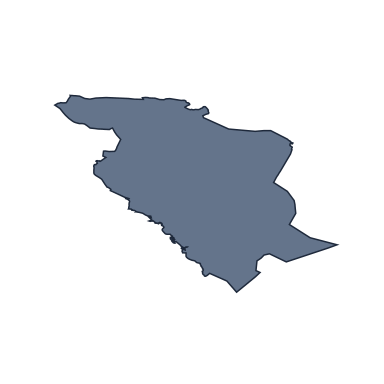 Hol nor, Buskerud, Norway (Natural Earth projection), rotated 193°
{"feature_id": "86288312B33339816949909", "entity_name": "Hol nor", "entity_type": "district", "adm_level": 2, "iso_a3": "NOR", "parent_name": "Norway", "parent_adm1": "Buskerud", "projection": "natural_earth1", "projection_center": [8.123, 60.604], "detail": "fine", "context": "isolated", "style": "filled", "palette": "slate", "viewbox_px": 384, "rotation_deg": 193, "n_neighbors": 0, "source": "geoboundaries", "source_scale": "gbopen_adm2", "svg_char_len": 5824}
<svg xmlns="http://www.w3.org/2000/svg" viewBox="0 0 384 384"><g transform="rotate(193 192 192)"><path d="M126.0,104.4L111.1,123.7L107.6,128.9L112.0,129.8L113.2,139.5L111.1,141.7L109.7,143.3L107.6,146.8L102.6,149.2L84.4,145.1L46.8,168.0L38.8,173.2L66.6,174.0L89.8,182.2L89.4,183.6L86.1,194.5L88.4,201.3L88.8,202.7L90.6,206.7L99.3,214.1L114.6,219.6L113.1,225.2L112.6,226.7L112.2,227.5L111.1,231.0L110.8,231.5L104.6,251.1L104.1,255.7L104.5,256.0L104.4,256.1L104.5,256.4L104.6,256.6L104.7,257.0L104.6,257.3L104.6,257.6L104.4,257.8L104.4,258.1L104.5,258.3L105.2,258.7L106.3,258.9L106.6,259.1L106.7,259.4L107.1,259.5L107.3,260.4L107.2,260.4L107.2,260.7L107.1,261.0L106.5,261.4L105.0,261.5L104.8,262.1L105.0,262.1L105.0,262.3L105.0,262.5L105.7,262.4L105.9,262.6L105.7,262.6L106.3,262.6L106.5,262.6L106.3,262.5L106.6,262.5L107.1,262.7L107.3,263.0L107.3,263.3L107.9,263.4L108.1,263.8L108.7,263.8L109.9,264.3L110.8,264.9L129.1,269.5L136.0,267.9L144.1,265.3L170.4,261.6L197.5,267.0L198.6,268.7L196.0,270.8L193.6,272.1L193.4,272.9L194.6,274.7L194.5,275.4L195.5,276.3L197.0,277.4L198.3,278.1L199.4,277.9L199.9,277.7L200.0,277.5L200.4,277.2L200.4,276.8L200.7,276.5L200.7,276.4L200.8,276.2L202.0,275.5L202.6,274.9L203.2,274.3L203.8,274.0L204.3,273.7L207.3,273.2L208.7,272.5L209.1,272.4L209.8,272.3L211.0,272.4L211.7,271.9L213.3,271.8L215.6,272.2L216.9,272.6L218.0,272.9L218.0,273.1L216.9,274.2L216.7,274.3L216.3,274.8L214.0,276.5L213.9,276.9L214.5,277.6L215.0,277.8L215.9,278.1L216.4,277.9L217.3,278.0L218.3,278.6L218.4,279.2L219.1,279.4L219.5,279.6L219.9,279.6L220.0,279.6L220.4,279.6L220.8,279.3L221.1,279.4L221.8,279.2L223.1,278.8L234.6,278.0L238.3,276.9L240.1,275.6L244.3,274.8L249.1,275.1L254.7,274.0L256.0,274.1L258.5,273.7L261.5,272.7L260.3,271.3L268.9,269.5L274.9,268.8L296.9,264.7L306.8,261.9L312.4,259.5L317.6,259.0L323.1,260.1L327.7,259.5L328.8,259.2L329.5,259.2L332.4,258.7L331.9,258.1L333.4,254.5L334.0,252.2L334.8,250.6L337.7,249.8L340.0,249.5L340.6,249.2L341.3,248.6L342.1,248.4L342.5,248.3L345.2,245.8L339.4,243.6L335.5,240.5L332.6,238.4L328.5,236.0L326.7,235.2L324.4,234.2L322.5,233.6L320.6,233.4L317.2,233.3L314.3,234.0L312.0,234.1L309.1,233.0L305.7,231.4L300.8,232.0L297.5,232.3L293.5,233.1L292.5,233.2L286.5,234.3L285.3,235.5L283.8,236.4L280.9,233.1L278.3,230.7L273.3,227.2L275.3,218.6L275.2,218.0L275.8,215.5L276.5,214.2L281.8,212.8L285.9,212.4L287.4,211.9L286.9,207.0L283.7,206.3L288.3,201.2L288.5,201.2L288.5,201.5L288.9,201.6L289.2,201.5L289.2,201.3L291.5,201.2L292.2,200.9L292.5,200.4L292.4,200.3L292.1,200.3L291.4,200.6L291.3,200.3L291.3,199.6L291.2,199.3L290.7,198.6L291.2,198.2L291.3,197.9L291.9,197.3L291.9,197.0L293.3,196.7L293.4,195.8L293.6,195.4L293.5,194.9L293.1,194.2L292.7,192.6L292.6,191.5L291.9,188.4L291.2,187.4L289.5,186.5L285.5,185.2L282.8,184.1L278.6,180.0L275.8,177.6L274.7,177.6L273.9,177.4L273.5,177.1L272.0,176.6L271.7,176.3L271.9,176.1L271.8,175.9L271.8,175.6L271.9,175.0L256.3,171.7L251.9,171.4L252.0,171.2L253.1,171.3L253.9,170.9L255.2,171.0L255.2,170.7L253.1,170.4L251.1,169.5L250.6,168.5L250.8,167.2L250.5,165.5L250.1,164.3L250.2,163.4L250.0,161.6L250.1,161.2L248.7,161.5L248.3,161.5L247.5,161.6L247.3,161.6L247.3,161.4L247.2,161.3L246.3,161.2L246.4,160.8L244.7,160.9L244.4,161.1L244.1,161.0L243.5,161.0L243.2,160.8L242.6,160.6L242.4,160.4L242.5,160.4L242.1,160.4L242.2,160.2L242.0,160.3L241.6,160.1L238.8,160.3L235.2,160.2L232.3,159.2L229.7,158.7L226.8,159.2L225.9,157.8L227.9,157.5L224.5,155.4L226.8,154.4L227.3,154.1L226.1,154.0L225.4,154.4L224.6,154.6L224.5,154.8L223.4,154.8L223.0,155.1L221.3,154.0L221.1,153.6L221.0,153.4L220.5,153.4L220.4,153.5L220.6,153.8L220.5,154.0L220.2,153.9L220.1,153.7L219.5,153.7L219.4,153.6L218.5,153.9L217.7,153.4L217.5,153.6L217.6,154.0L217.1,154.1L217.3,154.5L217.0,154.7L216.8,155.0L216.5,155.1L215.5,155.1L214.8,154.6L214.5,154.7L214.1,154.4L214.0,154.0L214.6,154.1L214.8,154.0L214.5,153.8L213.8,153.6L213.9,153.2L214.2,153.0L214.1,152.7L213.9,152.8L213.4,152.5L212.7,152.4L212.0,151.8L211.8,151.8L211.6,151.6L211.4,151.0L212.5,149.3L212.6,148.7L212.5,148.4L212.2,147.8L211.3,147.1L209.0,145.5L208.3,145.2L206.8,145.2L203.8,145.9L202.0,144.7L201.1,144.6L200.8,144.3L201.1,144.4L200.9,143.4L200.7,143.1L199.6,143.4L199.4,143.3L199.3,142.8L198.2,141.8L198.7,141.3L199.3,141.2L199.3,140.9L199.5,140.8L199.8,140.8L199.9,141.1L199.7,141.5L199.4,141.8L199.5,142.0L200.2,141.9L200.7,142.4L201.5,142.7L202.3,143.2L202.5,143.2L202.8,143.0L202.6,142.8L202.7,142.6L202.8,142.2L202.5,141.8L202.5,141.5L202.3,141.4L200.4,139.9L200.5,139.5L198.7,138.3L198.4,138.4L197.7,138.2L197.4,138.3L197.8,138.5L198.0,139.2L198.3,138.8L198.5,138.8L198.6,139.9L198.5,140.1L198.2,140.1L197.3,139.6L197.1,139.6L196.8,139.7L196.5,140.0L196.4,140.1L192.2,138.0L191.1,137.4L190.8,137.1L190.6,136.8L189.5,136.5L188.4,136.0L188.1,135.9L187.7,136.0L187.5,135.9L187.5,135.7L187.2,135.5L185.6,137.0L185.1,137.0L184.6,137.4L184.2,137.4L184.5,137.1L185.3,136.9L186.5,136.0L186.2,135.7L186.3,135.0L185.9,134.6L185.6,133.9L185.9,133.9L186.6,134.7L186.8,134.7L186.6,134.3L187.6,134.3L187.7,134.8L188.2,135.2L188.1,135.3L188.7,135.5L188.8,136.0L189.2,136.1L189.4,135.9L189.3,135.5L189.1,135.0L189.7,134.9L189.7,134.7L189.0,134.6L188.4,134.3L188.5,133.6L188.1,132.8L188.4,132.4L188.4,132.1L188.1,131.6L187.7,131.2L187.6,130.9L187.4,130.6L184.1,131.3L183.4,128.2L183.2,127.8L182.6,127.2L181.5,126.6L180.6,126.2L179.4,125.9L176.7,125.5L173.9,125.6L172.1,124.6L171.3,124.3L168.4,124.3L167.9,124.2L167.6,123.8L167.6,123.2L167.4,123.1L167.3,122.9L166.4,122.1L166.4,121.6L166.1,121.4L165.3,121.0L165.0,120.3L164.4,120.0L164.1,119.6L164.2,119.3L163.4,118.6L163.5,117.8L164.2,117.0L164.1,116.7L163.5,116.2L163.6,115.8L163.6,115.5L162.8,114.3L162.3,114.0L161.5,113.7L160.9,112.9L159.7,113.0L158.3,114.3L156.5,116.7L138.0,113.1L126.0,104.4Z" fill="#64748b" stroke="#1e293b" stroke-width="1.5"/></g></svg>